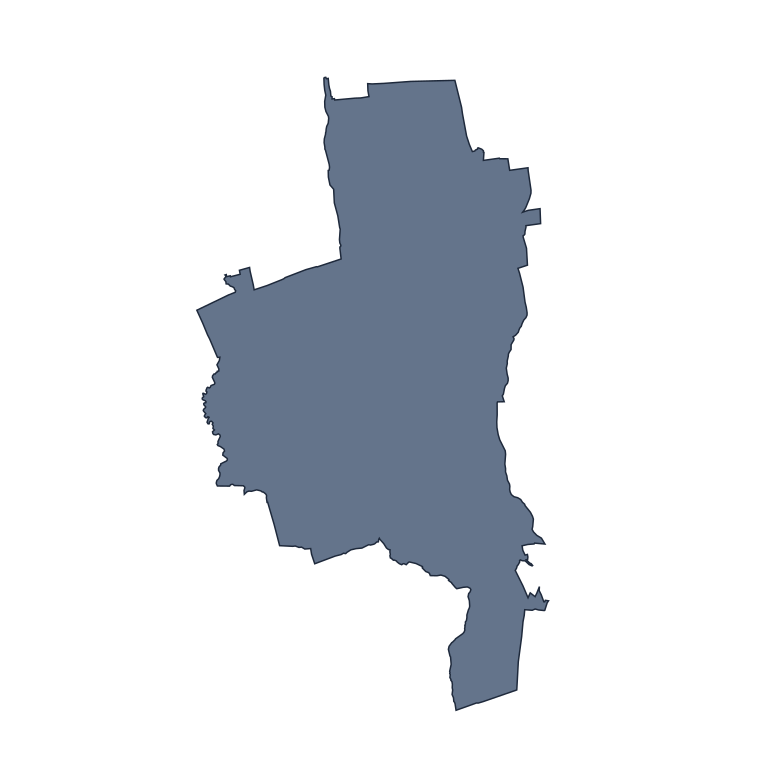 the district of Ipatele, Iasi, Romania, rotated 189°
{"feature_id": "2599482B24354712900098", "entity_name": "Ipatele", "entity_type": "district", "adm_level": 2, "iso_a3": "ROU", "parent_name": "Romania", "parent_adm1": "Iasi", "projection": "mercator", "projection_center": [27.426, 46.918], "detail": "fine", "context": "isolated", "style": "filled", "palette": "slate", "viewbox_px": 768, "rotation_deg": 189, "n_neighbors": 0, "source": "geoboundaries", "source_scale": "gbopen_adm2", "svg_char_len": 6159}
<svg xmlns="http://www.w3.org/2000/svg" viewBox="0 0 768 768"><g transform="rotate(189 384 384)"><path d="M489.5,677.8L490.9,677.3L491.2,676.6L490.0,670.4L488.5,664.9L486.7,660.2L486.8,653.8L485.7,648.1L484.0,644.1L480.8,639.7L480.2,637.8L479.9,632.8L480.9,629.5L481.0,626.6L480.8,624.1L481.0,622.8L480.8,621.8L481.3,616.8L480.9,613.0L479.5,608.8L479.1,606.7L478.4,605.8L472.5,592.4L471.7,589.6L471.6,586.7L472.5,586.2L471.3,579.6L468.5,572.1L464.2,568.5L461.4,555.1L455.9,542.8L452.2,531.4L451.5,530.2L450.6,519.7L449.7,516.4L448.3,514.3L448.4,513.0L449.0,512.4L448.8,511.1L445.9,500.8L468.1,489.3L469.1,489.3L478.9,484.8L498.3,473.6L499.4,472.3L501.5,470.9L514.8,463.0L527.0,456.7L528.6,461.4L533.9,474.5L535.0,478.1L544.6,473.7L543.2,469.9L552.4,465.9L552.8,466.8L556.3,465.4L556.9,467.4L558.1,466.8L557.3,466.2L557.0,465.2L558.4,462.8L558.3,462.3L556.2,460.4L555.6,458.2L553.3,458.3L551.2,456.7L548.8,456.3L547.1,455.5L546.4,454.1L545.1,452.9L545.3,451.3L551.4,447.7L580.4,427.6L572.6,415.8L566.0,405.0L563.3,401.3L552.8,384.5L552.3,384.2L550.3,384.8L550.3,381.4L552.0,376.8L549.5,373.1L549.2,371.0L550.6,370.5L550.4,369.9L551.5,369.1L552.2,367.6L553.5,367.3L554.6,365.2L554.6,363.7L551.4,359.0L551.2,358.1L551.5,357.2L554.6,355.4L555.2,353.4L555.9,352.8L557.6,353.2L558.2,352.6L558.8,350.0L558.6,349.0L557.7,348.5L557.7,347.2L558.2,346.3L558.9,345.9L560.7,346.6L561.4,346.4L561.4,345.9L560.1,343.2L561.2,342.0L561.3,341.3L561.1,340.6L560.4,340.1L558.0,339.5L557.0,338.6L557.1,337.6L558.5,337.2L559.0,336.3L558.6,335.2L556.6,333.6L556.5,333.2L557.0,332.2L558.0,331.1L558.4,329.8L558.0,329.0L555.4,326.8L556.4,324.8L556.3,323.8L554.5,322.7L553.8,322.9L552.8,324.2L551.7,323.9L551.5,323.7L552.1,322.6L552.8,318.6L551.7,317.2L550.6,317.2L550.3,317.8L550.5,318.9L550.3,319.3L549.1,320.2L548.4,320.2L546.8,318.8L547.4,317.4L546.0,315.8L546.0,313.3L544.3,312.1L545.9,310.0L545.3,308.4L544.4,307.5L542.1,307.4L539.7,308.9L537.9,307.8L537.5,306.6L539.0,301.3L538.6,299.3L539.2,298.1L538.4,297.2L535.8,296.6L531.9,294.7L531.0,292.8L532.2,290.9L532.1,288.5L527.3,286.0L526.9,285.4L527.1,283.9L527.7,283.2L532.7,279.7L532.7,278.3L534.0,276.2L534.2,274.6L533.9,272.8L532.1,270.5L531.8,268.7L531.9,266.9L532.5,264.6L533.9,262.7L534.1,261.6L534.2,259.9L533.7,258.8L532.6,257.2L520.5,259.0L519.8,260.5L518.3,261.2L517.4,261.2L515.9,260.3L507.0,261.5L505.5,260.5L505.2,259.7L505.6,256.9L504.7,253.2L502.5,256.1L500.7,257.1L498.1,257.3L493.2,259.5L489.1,259.2L487.3,258.3L486.3,258.4L484.3,257.3L483.2,256.5L482.5,255.3L482.4,253.3L481.0,248.8L480.4,249.0L470.5,228.0L461.8,208.0L448.7,209.4L446.3,210.1L442.4,209.3L439.9,210.0L436.4,208.6L430.7,210.0L428.9,204.5L424.3,195.6L405.3,206.4L399.5,208.9L397.6,210.5L395.3,210.5L394.3,211.9L390.8,215.0L385.9,217.0L380.1,218.5L373.9,222.9L372.2,222.8L369.1,224.1L368.1,224.8L366.5,226.8L364.9,227.2L364.9,229.7L364.5,230.9L363.7,229.9L359.3,226.3L355.9,222.4L353.7,221.2L352.1,221.2L351.9,219.0L351.1,216.7L351.3,215.3L350.5,213.2L349.6,213.0L347.2,211.4L346.3,211.7L344.1,211.2L343.2,210.3L340.7,208.9L338.2,208.3L337.4,209.2L336.2,209.7L333.8,209.0L331.8,211.8L330.9,212.2L324.3,211.7L317.5,209.7L317.2,209.1L317.5,208.6L317.3,208.2L313.4,205.3L310.5,204.7L309.4,203.9L308.3,202.0L301.7,202.9L297.9,204.2L293.6,203.6L289.5,201.2L289.2,200.8L289.5,200.0L286.1,198.3L285.9,197.8L281.6,194.1L280.1,193.2L273.9,195.6L269.9,196.6L267.2,195.8L266.1,194.7L266.1,194.0L266.4,192.3L267.6,190.2L267.7,187.1L265.8,183.3L264.6,177.9L264.7,176.0L265.3,174.2L266.0,168.8L265.6,166.5L265.6,163.2L266.4,161.7L266.0,159.8L266.3,158.8L266.1,158.2L266.4,157.8L266.0,156.9L266.1,154.9L265.7,153.9L265.7,153.3L266.1,151.5L267.1,149.8L273.5,143.5L273.8,142.6L276.1,139.5L276.6,139.2L278.7,135.1L278.9,132.0L276.3,125.7L275.6,124.9L273.8,117.6L274.2,110.4L273.7,109.4L273.8,108.3L273.1,107.3L273.0,104.4L271.7,102.7L271.6,101.8L270.3,100.6L269.5,98.1L269.1,94.6L268.3,92.5L268.2,88.0L266.3,85.0L265.4,81.4L264.5,80.6L263.8,79.3L261.8,73.0L242.8,83.4L241.0,83.6L236.4,85.8L205.0,102.6L207.9,130.7L208.5,155.9L209.5,170.9L209.3,177.5L209.7,183.1L202.2,183.7L199.5,185.4L196.0,185.0L190.3,185.3L189.8,185.6L188.6,193.4L187.6,195.6L190.8,195.6L191.2,194.0L192.1,193.9L195.7,200.4L198.4,204.2L198.8,208.2L200.3,201.5L201.5,197.6L206.9,200.6L208.3,195.4L215.1,206.2L225.2,220.4L224.3,222.7L224.0,225.2L223.2,226.4L222.1,229.6L222.5,230.6L221.9,231.6L219.9,231.1L216.9,231.4L212.4,228.3L209.3,227.5L208.8,228.0L210.6,229.6L212.0,229.9L216.0,232.7L214.7,233.2L214.8,235.6L215.7,238.1L217.9,237.1L220.9,241.5L222.3,245.8L216.9,248.0L210.7,249.5L210.4,250.4L200.0,251.1L204.4,256.4L209.4,258.4L213.1,261.2L215.0,263.6L214.8,266.3L215.3,273.9L216.6,276.5L219.3,280.2L225.6,285.9L226.3,287.3L228.8,288.9L230.9,291.3L234.1,292.6L238.0,293.0L240.9,294.7L242.5,297.1L243.4,299.5L243.7,302.7L244.4,304.8L247.0,308.3L248.3,312.5L250.2,316.1L250.7,319.5L252.1,323.8L252.9,333.6L253.8,337.0L260.9,346.9L263.3,351.9L265.6,358.6L266.7,364.2L267.4,371.3L269.3,382.9L269.1,384.1L262.5,385.3L265.3,390.8L264.5,392.7L264.3,398.5L263.9,401.2L262.2,404.0L261.9,406.7L262.3,409.3L263.9,413.0L265.7,418.8L265.4,423.4L265.9,425.9L265.6,431.0L265.8,433.1L265.2,435.1L263.9,437.9L264.6,442.8L262.6,447.9L262.7,449.2L263.9,450.8L261.7,452.7L259.5,456.1L259.0,459.2L258.4,461.0L257.5,462.3L257.0,465.5L255.9,469.1L254.2,471.7L253.5,474.4L253.8,476.7L255.5,482.1L257.5,486.9L261.8,501.4L267.5,514.7L269.8,519.2L260.9,523.8L264.5,540.4L269.5,550.8L269.8,552.2L268.8,553.1L268.3,554.1L268.6,556.6L268.3,561.2L268.6,562.6L254.4,566.9L257.3,581.6L268.7,578.1L273.9,575.4L272.4,578.3L271.6,580.3L269.4,589.7L268.7,595.4L269.1,598.4L275.0,617.3L275.6,620.1L293.3,614.7L296.9,625.8L305.0,624.6L305.4,625.1L320.8,620.4L321.5,628.3L322.0,628.3L322.3,629.9L324.2,631.2L327.8,632.0L328.4,631.7L328.4,630.6L330.3,629.4L330.8,628.3L333.1,627.4L337.2,634.0L341.2,641.8L348.7,663.0L350.7,669.5L361.5,695.0L405.1,687.0L431.1,680.9L442.7,678.5L447.1,678.1L445.7,671.0L443.8,665.5L451.7,662.9L457.3,661.8L477.1,656.8L477.6,658.1L479.9,657.4L480.2,659.6L481.5,660.1L482.7,664.8L484.1,667.5L485.3,670.9L486.9,677.1L488.6,676.5L489.5,677.8Z" fill="#64748b" stroke="#1e293b" stroke-width="1.5"/></g></svg>